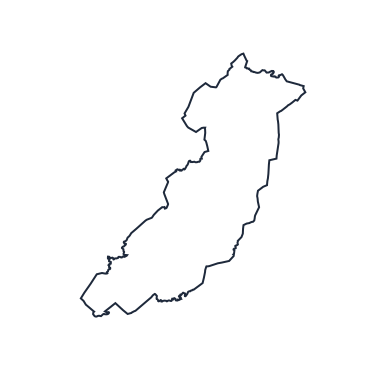 the district of Lauderu pag., Ludzas, Latvia, rotated 142°
{"feature_id": "27541924B59482299052757", "entity_name": "Lauderu pag.", "entity_type": "district", "adm_level": 2, "iso_a3": "LVA", "parent_name": "Latvia", "parent_adm1": "Ludzas", "projection": "robinson", "projection_center": [27.977, 56.316], "detail": "fine", "context": "isolated", "style": "outline", "palette": "slate", "viewbox_px": 384, "rotation_deg": 142, "n_neighbors": 0, "source": "geoboundaries", "source_scale": "gbopen_adm2", "svg_char_len": 5983}
<svg xmlns="http://www.w3.org/2000/svg" viewBox="0 0 384 384"><g transform="rotate(142 192 192)"><path d="M270.8,195.7L273.2,194.3L274.7,194.2L275.9,194.7L276.3,194.7L276.6,194.5L276.8,194.3L277.0,193.0L276.1,192.1L276.0,191.9L276.3,191.5L276.7,191.3L279.3,191.1L280.3,191.5L281.4,191.3L281.7,191.0L281.7,190.8L281.3,189.1L282.4,187.5L282.3,186.8L282.4,186.5L283.7,185.7L284.1,185.3L284.3,184.7L284.0,184.1L282.0,182.2L282.7,182.0L285.0,182.4L286.5,183.8L286.9,183.8L287.6,183.6L288.2,184.1L288.7,185.2L289.8,186.1L290.0,186.1L290.7,185.6L291.2,185.7L292.3,186.1L293.6,187.1L295.0,187.0L295.3,187.1L295.4,187.3L294.9,188.3L294.9,188.7L295.1,189.2L296.7,190.0L297.1,190.8L297.1,191.8L297.3,192.2L298.0,192.8L298.5,192.3L298.5,192.0L298.7,191.7L299.2,191.3L299.1,190.9L298.1,190.2L298.2,189.9L299.8,188.9L300.0,188.6L300.0,188.3L299.5,187.7L299.4,187.1L299.1,186.7L299.6,186.2L300.1,185.6L300.4,185.5L300.9,186.0L301.4,186.1L302.8,185.8L302.6,184.7L303.4,184.2L303.7,183.6L303.6,183.0L303.2,182.6L303.5,182.1L303.7,181.9L304.3,181.8L305.4,182.3L305.9,182.2L307.1,181.2L308.1,181.3L308.7,181.1L309.1,180.8L308.8,180.5L308.7,180.3L308.7,180.1L309.2,180.1L310.2,180.8L310.6,181.1L312.8,183.6L317.7,185.8L328.4,182.1L338.9,178.9L345.1,176.6L344.5,172.9L345.0,168.6L342.8,158.0L343.7,158.0L345.1,156.7L345.2,155.0L345.1,154.0L344.7,153.3L343.9,152.6L342.2,152.2L341.3,151.6L340.7,150.8L340.1,150.2L337.4,150.4L336.7,150.3L336.4,150.1L336.0,149.4L334.9,148.4L333.9,147.8L333.2,147.6L332.7,147.6L332.0,147.8L331.7,148.0L331.6,148.5L331.9,148.9L333.3,149.7L334.1,151.5L320.8,151.6L319.1,141.3L317.8,135.5L314.2,134.0L313.6,134.1L310.9,133.6L309.7,133.2L288.9,134.1L286.4,134.7L284.1,134.6L283.9,134.3L283.8,133.7L283.7,131.7L285.4,130.0L285.7,129.3L285.3,128.8L285.3,128.1L285.4,127.5L285.8,126.9L285.7,126.5L285.2,126.2L284.1,126.0L283.6,126.2L283.2,126.1L283.0,125.6L283.5,124.5L282.7,124.0L282.0,124.1L280.6,123.4L279.4,122.2L279.1,121.3L277.8,121.1L277.2,120.9L276.6,120.4L275.8,119.2L275.4,118.9L274.9,118.9L273.3,120.1L273.0,119.9L273.2,119.1L273.1,118.9L272.7,118.9L272.0,119.3L271.4,119.3L270.8,118.0L271.4,116.9L271.4,116.5L270.5,115.6L269.6,115.9L269.4,115.2L269.1,115.0L268.1,114.8L267.3,114.7L266.4,114.4L266.4,115.0L266.0,115.5L266.7,116.1L266.1,116.5L266.0,116.8L266.6,117.6L266.5,117.9L266.0,118.0L265.8,117.5L265.5,117.4L264.4,117.5L264.5,118.1L264.3,118.3L263.9,118.2L263.2,117.7L261.5,118.1L261.0,118.1L260.8,117.8L260.8,117.4L260.0,116.5L260.0,116.1L261.5,114.7L261.7,114.3L261.5,114.0L260.8,113.9L258.2,114.7L257.3,115.3L256.4,115.7L255.1,115.4L254.6,114.9L253.7,115.0L252.7,114.5L252.0,114.6L251.1,114.3L250.9,114.0L239.7,113.7L235.3,117.2L231.0,120.9L229.6,122.4L227.0,124.2L226.4,124.5L226.0,124.1L224.1,123.0L215.5,119.9L212.1,118.1L205.2,114.8L198.6,115.9L197.4,117.1L197.6,117.4L196.9,117.5L194.6,119.8L194.8,120.9L194.5,121.3L193.7,121.4L192.5,120.8L192.1,120.8L191.3,122.1L191.3,122.6L191.0,122.9L188.9,122.4L188.2,122.4L187.3,124.1L185.8,125.2L185.8,125.3L180.8,126.0L177.6,127.9L174.4,131.6L171.8,134.2L168.4,133.5L165.7,132.1L165.0,132.1L163.3,131.6L162.3,131.0L160.5,131.2L158.9,132.6L157.4,134.1L156.6,134.7L148.5,138.7L146.0,143.9L144.2,146.7L143.2,148.7L141.6,150.3L139.2,152.4L132.7,152.3L128.7,151.2L126.0,154.1L123.7,156.1L120.7,159.2L114.5,166.3L111.5,169.4L104.9,166.3L102.7,168.7L93.6,177.3L92.6,178.6L91.5,180.4L90.0,181.6L88.2,183.6L87.3,185.2L82.4,192.0L80.6,194.9L79.9,196.3L76.4,201.6L72.7,201.3L71.8,201.0L64.5,201.0L62.5,201.2L61.5,200.9L58.1,200.8L53.8,200.9L52.6,199.1L46.5,200.8L41.3,200.8L40.6,205.2L38.8,206.7L41.2,209.9L41.3,210.4L49.2,220.9L49.1,223.6L48.9,224.6L48.4,228.2L48.6,229.4L50.3,229.7L51.2,230.2L51.3,230.0L51.9,230.2L52.0,229.8L52.2,229.7L52.5,229.3L53.3,229.1L54.9,230.1L55.3,230.7L55.2,231.5L55.7,231.9L55.7,232.3L56.0,232.5L56.3,232.5L56.6,232.9L56.8,232.9L58.2,234.5L58.0,234.9L58.0,235.3L57.4,235.8L56.3,235.5L56.0,235.6L55.2,235.4L55.0,235.5L55.0,235.9L54.3,235.8L53.9,236.0L53.7,236.2L54.0,236.6L53.9,237.1L53.6,237.4L54.6,238.3L56.5,238.7L57.9,238.9L59.7,240.2L59.8,243.0L60.0,243.3L61.0,244.0L61.5,244.7L64.8,244.5L65.7,244.8L67.0,245.5L68.0,246.6L69.1,248.3L69.6,248.6L69.7,249.1L70.1,249.5L70.4,249.8L70.5,250.4L71.0,250.8L70.7,251.5L71.2,252.5L71.1,253.1L71.1,254.0L71.7,254.1L71.9,255.2L72.7,255.6L72.8,256.1L72.7,256.5L73.4,257.5L73.2,257.7L67.9,261.2L68.1,261.9L66.9,267.3L66.3,269.4L68.2,270.1L71.0,270.3L72.4,270.3L73.4,269.9L77.1,269.3L79.3,269.1L82.0,269.1L83.0,267.1L83.1,265.9L86.8,265.9L87.1,265.4L89.4,265.1L90.8,263.7L91.8,262.3L97.8,262.6L98.7,262.9L100.5,263.0L108.0,259.7L108.7,259.7L112.5,263.5L114.3,269.4L121.2,269.5L129.6,269.1L142.4,261.3L149.5,258.5L150.1,256.2L154.4,256.2L155.4,247.3L155.4,246.5L155.3,245.1L151.9,236.8L145.8,236.5L144.8,236.4L143.2,235.5L142.0,234.6L142.9,233.9L143.2,233.2L145.2,230.4L150.0,225.6L149.7,223.9L150.2,222.3L151.8,218.6L153.9,214.3L157.3,215.7L157.7,215.7L162.9,213.9L163.1,213.7L163.7,212.3L164.9,213.0L165.2,212.9L165.8,212.0L166.2,211.6L167.4,211.3L167.8,211.4L168.2,211.9L169.7,212.4L170.7,213.1L171.1,213.6L171.6,214.5L173.1,215.2L173.5,215.7L174.4,216.2L174.5,216.5L174.2,217.1L174.2,217.8L174.5,218.0L175.2,218.2L176.2,217.8L177.7,216.7L179.3,216.0L180.1,216.0L181.1,215.4L183.0,214.6L183.4,214.6L183.7,214.4L184.1,214.5L184.1,215.2L184.3,215.4L184.9,215.3L186.1,215.5L186.6,215.5L186.8,215.3L187.5,215.5L187.7,215.9L188.1,216.2L187.7,216.6L187.7,216.8L188.0,217.1L188.6,217.3L188.6,217.6L189.0,217.8L189.1,218.1L189.5,218.4L189.6,218.9L189.9,219.0L190.6,218.8L191.3,219.1L191.6,219.1L191.7,218.7L191.7,218.2L191.8,218.0L192.5,218.3L192.9,218.2L194.1,218.4L203.9,218.6L204.4,216.0L204.4,215.0L204.5,214.8L205.1,214.3L214.4,209.1L215.1,207.4L218.2,197.3L218.6,196.9L221.7,195.2L222.5,195.2L223.5,195.6L222.9,196.9L222.9,197.1L224.2,197.7L224.8,198.4L228.4,198.4L230.3,198.4L236.2,197.5L239.2,196.5L239.7,196.5L244.7,198.0L246.4,198.1L258.4,197.3L265.2,197.0L267.6,196.1L268.8,195.8L270.8,195.7Z" fill="none" stroke="#1e293b" stroke-width="2"/></g></svg>